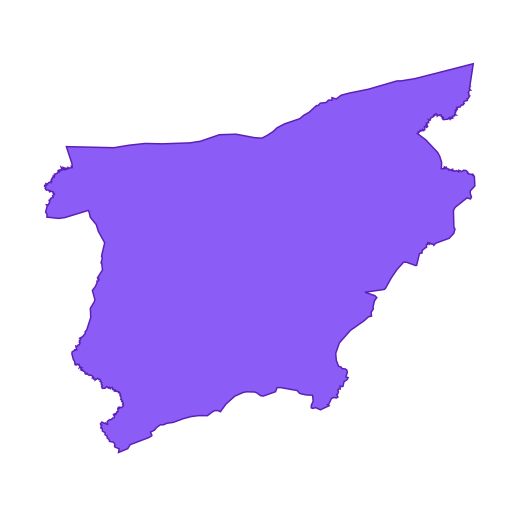 outline of Suwannakhuha, Nong Bua Lam Phu, Thailand, rotated 273°
{"feature_id": "78962969B89578186205363", "entity_name": "Suwannakhuha", "entity_type": "district", "adm_level": 2, "iso_a3": "THA", "parent_name": "Thailand", "parent_adm1": "Nong Bua Lam Phu", "projection": "natural_earth1", "projection_center": [102.211, 17.551], "detail": "fine", "context": "isolated", "style": "filled", "palette": "violet", "viewbox_px": 512, "rotation_deg": 273, "n_neighbors": 0, "source": "geoboundaries", "source_scale": "gbopen_adm2", "svg_char_len": 5970}
<svg xmlns="http://www.w3.org/2000/svg" viewBox="0 0 512 512"><g transform="rotate(273 256 256)"><path d="M356.7,108.5L355.3,60.9L338.6,67.4L335.2,67.8L335.6,67.0L334.6,67.3L334.0,64.9L334.6,63.7L333.6,63.8L333.7,61.8L332.7,62.4L332.1,60.1L332.3,59.3L333.0,60.4L333.9,60.0L334.2,59.2L333.5,59.6L333.5,58.0L334.4,56.8L331.7,57.7L331.7,56.0L330.7,55.8L331.7,55.7L331.2,54.3L330.5,55.2L330.3,54.3L329.5,54.8L329.5,53.8L328.2,53.1L327.0,50.3L326.3,50.5L326.1,49.7L325.9,50.6L324.9,50.5L325.0,49.4L324.0,50.0L324.0,49.0L322.6,48.1L322.0,48.4L321.1,47.4L319.7,48.1L319.6,47.4L318.5,47.2L319.0,46.5L318.6,45.3L316.6,43.7L317.2,43.5L317.3,42.4L315.5,42.7L315.7,41.5L314.8,41.1L313.3,42.4L312.4,41.9L310.8,43.2L311.1,44.6L310.5,46.0L309.7,46.3L310.2,46.9L309.6,47.1L310.1,47.5L309.1,50.5L308.2,50.0L307.2,51.5L305.6,49.7L304.2,50.4L302.7,47.8L301.5,47.7L300.8,46.4L299.3,47.2L296.2,45.9L296.2,44.1L295.1,44.9L289.0,43.6L286.4,45.2L283.9,45.1L283.2,57.0L284.3,62.9L292.7,86.0L291.2,87.0L286.0,88.5L278.9,94.9L272.5,97.2L261.3,104.2L249.8,102.1L247.2,101.8L246.0,102.7L241.0,101.6L240.8,102.3L234.0,103.4L225.9,98.8L225.2,99.1L225.4,99.9L224.4,99.7L223.9,100.5L222.5,99.4L222.6,98.5L221.2,98.7L217.3,97.3L213.1,94.4L204.3,97.3L202.2,97.1L195.1,93.3L186.1,94.2L173.5,90.9L171.3,89.3L169.9,89.6L166.5,87.2L164.7,84.3L164.2,85.4L162.2,84.1L161.7,84.6L160.7,84.0L159.9,84.8L158.2,84.2L157.9,83.1L156.3,81.9L156.6,80.8L152.9,81.8L152.8,79.8L152.2,79.9L150.8,77.5L148.9,77.2L143.1,79.0L141.2,80.4L138.0,81.0L137.8,82.5L138.6,82.3L138.4,85.1L137.4,85.0L136.4,86.1L135.3,85.6L135.8,86.5L135.5,87.5L135.2,86.8L134.3,87.1L133.5,88.4L133.0,87.3L131.5,91.0L129.3,91.7L129.1,92.5L130.0,92.6L129.9,93.8L129.0,94.1L128.1,95.7L128.4,97.4L127.1,99.6L125.8,99.0L125.9,100.2L124.7,100.1L124.7,102.2L123.8,102.0L125.6,104.4L124.4,105.6L124.8,106.5L123.2,107.4L122.6,106.9L121.5,108.6L120.1,108.1L118.7,109.3L117.8,108.6L115.8,109.5L116.0,112.1L117.8,113.7L116.4,115.5L117.3,116.1L115.9,117.4L116.9,118.0L117.2,119.5L115.3,119.7L115.3,120.8L113.7,121.6L113.6,122.3L114.6,122.6L113.6,123.5L113.3,126.0L112.3,125.9L112.3,126.9L110.3,128.0L109.9,127.4L107.2,128.9L105.6,128.5L104.8,129.9L103.6,129.5L103.1,130.7L101.5,131.2L101.0,130.5L99.6,131.4L97.4,129.5L98.0,127.8L97.6,126.6L96.6,127.2L96.4,126.0L93.4,126.4L93.2,125.3L90.7,124.4L91.2,123.6L90.7,122.6L90.1,123.1L89.8,122.1L88.9,123.0L87.1,122.8L86.5,121.1L85.2,120.4L84.9,118.3L82.9,116.1L80.1,116.5L80.3,115.2L81.4,114.4L80.9,113.6L82.1,110.8L80.2,109.4L78.9,110.1L79.0,110.7L76.7,110.0L75.9,110.3L75.9,111.4L73.1,111.8L71.7,114.5L69.6,114.6L68.3,116.8L66.5,116.9L65.1,118.8L63.2,119.4L62.6,123.4L60.3,125.1L58.9,124.6L57.9,125.0L56.3,129.4L52.6,129.0L56.9,138.0L61.0,140.2L68.9,158.1L70.9,161.2L71.7,161.4L74.6,159.8L76.7,163.6L79.9,166.1L82.5,169.5L82.6,172.5L84.3,175.8L85.5,182.0L89.9,192.3L92.3,199.9L93.6,207.1L94.0,215.8L98.4,221.0L99.5,223.2L99.6,226.2L98.6,228.6L106.5,233.7L114.9,242.1L119.1,250.4L119.9,253.8L120.1,261.7L119.5,263.8L116.8,267.8L116.5,270.6L121.5,282.6L125.6,283.9L125.9,287.5L123.8,304.1L121.4,306.4L120.8,307.8L119.9,313.2L119.9,319.8L114.0,320.7L110.0,319.1L107.3,319.1L106.8,320.7L107.7,323.5L105.8,328.4L110.3,336.8L111.4,335.3L111.8,336.4L117.7,338.8L118.8,341.3L118.4,343.7L119.4,345.2L122.0,343.8L122.6,344.9L124.1,345.3L125.2,345.4L126.1,344.5L127.7,345.5L127.5,347.0L130.6,346.8L130.0,348.6L130.5,349.7L134.9,350.4L137.5,353.6L139.4,354.4L139.9,352.1L144.8,353.3L146.7,352.7L147.8,351.4L148.1,347.8L149.5,346.9L150.3,344.2L155.9,341.7L162.9,340.7L173.6,343.8L186.7,354.2L197.4,367.8L201.2,371.5L202.0,374.5L205.8,373.9L209.3,376.0L210.9,375.5L217.2,376.6L220.8,378.8L222.6,376.8L225.5,366.7L229.3,385.7L230.3,386.9L241.5,392.4L250.0,397.6L257.6,403.8L257.6,406.8L254.8,416.0L255.1,416.9L267.0,419.1L267.7,421.6L270.2,421.7L273.1,424.7L273.5,425.8L276.4,425.7L276.7,426.8L278.4,426.9L278.3,428.3L276.9,428.5L277.8,429.4L277.1,430.4L277.0,432.5L276.0,433.0L278.1,434.7L283.9,448.1L288.9,452.3L293.3,453.3L295.3,452.1L311.6,450.8L314.9,452.2L325.1,463.7L324.2,467.2L326.2,468.1L329.6,466.7L332.2,466.6L337.5,470.9L346.9,469.9L348.1,468.9L347.9,468.3L348.6,468.4L348.3,467.3L349.2,468.3L348.7,466.6L349.5,463.1L350.7,463.3L352.4,461.1L352.5,458.8L351.1,457.1L352.2,454.1L350.6,454.0L351.8,452.0L351.0,449.8L351.6,449.2L351.2,447.8L351.9,446.8L352.3,447.8L352.9,447.8L351.7,444.3L353.0,444.0L352.8,442.5L354.7,441.3L354.3,440.7L354.6,440.0L353.4,440.6L353.0,439.5L353.7,439.0L353.0,438.6L352.9,436.5L359.1,436.5L365.3,434.2L368.9,432.0L380.8,419.6L386.8,410.7L387.8,412.2L388.5,411.6L389.4,413.9L390.2,413.7L389.8,415.1L390.7,415.6L390.0,415.8L390.0,416.8L390.7,416.7L391.0,418.0L393.7,417.4L393.9,418.9L393.3,419.6L394.3,420.6L396.0,419.9L395.7,419.0L396.8,419.7L397.5,419.1L398.2,421.4L399.1,421.0L400.5,421.8L401.1,421.3L400.7,422.7L403.1,423.4L404.6,426.1L405.3,426.5L405.2,425.9L405.9,425.9L407.3,428.2L406.3,428.1L406.6,429.5L405.4,429.7L406.2,430.2L405.8,431.4L406.5,431.9L406.5,433.6L405.3,433.5L405.0,434.4L403.7,434.7L404.4,435.5L404.1,435.9L402.7,435.2L402.0,436.0L402.7,440.5L403.9,441.3L402.8,442.5L404.3,442.6L403.4,443.6L404.1,444.2L404.0,445.0L404.9,444.4L404.9,445.2L406.2,445.4L406.3,446.9L407.4,447.1L407.4,448.2L408.1,447.1L409.0,447.1L409.5,447.8L411.6,447.4L411.5,448.3L412.6,448.0L412.8,449.3L413.8,448.9L414.5,449.6L415.0,449.0L415.5,452.1L417.6,453.2L417.6,454.7L419.2,455.9L419.6,455.3L421.3,455.7L422.4,458.9L424.2,458.6L424.3,459.5L427.1,461.1L428.2,459.9L429.8,460.1L430.6,459.4L433.1,460.8L433.0,461.5L434.9,460.1L436.7,461.2L437.3,460.7L459.4,462.9L441.4,405.3L438.5,391.9L438.2,387.5L428.4,359.4L423.5,340.3L421.0,332.6L417.0,327.9L418.1,323.6L415.6,323.7L415.5,320.3L412.9,317.9L412.0,312.2L409.5,310.2L409.4,308.5L402.2,301.4L399.1,296.4L395.4,292.5L389.4,277.5L385.1,270.3L381.4,266.8L377.0,260.9L374.0,255.7L374.1,248.3L376.6,229.6L375.2,213.1L367.7,194.5L365.5,184.0L363.1,156.2L362.6,139.5L360.0,123.4L356.7,108.5Z" fill="#8b5cf6" stroke="#5b21b6" stroke-width="1.5"/></g></svg>